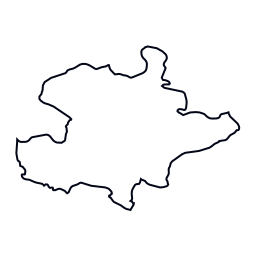 map outline of Oberösterreich (Natural Earth projection), rotated 181°
{"feature_id": "AUT-2326", "entity_name": "Oberösterreich", "entity_type": "State", "adm_level": 1, "iso_a3": "AUT", "parent_name": "Austria", "parent_adm1": "", "projection": "natural_earth1", "projection_center": [13.938, 48.12], "detail": "fine", "context": "isolated", "style": "outline", "palette": "ink", "viewbox_px": 256, "rotation_deg": 181, "n_neighbors": 0, "source": "natural_earth", "source_scale": "10m", "svg_char_len": 3890}
<svg xmlns="http://www.w3.org/2000/svg" viewBox="0 0 256 256"><g transform="rotate(181 128 128)"><path d="M209.4,70.2L210.9,68.9L211.1,69.3L212.9,70.7L219.2,71.9L222.4,73.1L225.6,74.5L229.2,74.9L230.9,75.4L232.3,76.4L233.2,77.8L233.4,79.1L233.3,79.6L233.0,79.8L230.7,79.7L230.4,79.8L230.2,80.0L230.1,80.5L230.1,81.6L229.9,82.3L229.9,83.5L230.4,84.7L232.7,87.4L235.1,88.2L235.7,92.2L237.5,93.5L238.0,94.6L239.2,100.9L238.6,111.8L238.6,114.6L237.1,113.1L235.8,112.5L234.7,112.2L229.8,112.4L228.0,113.1L226.5,114.3L225.1,116.1L223.7,117.1L209.5,120.0L207.4,119.5L205.7,118.2L203.0,114.8L201.7,113.6L200.2,112.7L198.5,112.2L194.0,112.1L192.7,113.1L192.1,113.4L191.4,113.9L191.1,114.2L190.9,114.4L190.7,114.7L190.6,115.5L190.0,120.5L189.7,121.6L189.2,122.7L189.0,123.4L189.5,127.0L189.7,127.5L189.9,127.8L190.1,128.2L190.1,128.7L189.5,129.5L188.4,130.6L188.3,130.8L188.2,131.2L188.2,131.8L188.1,132.2L186.7,134.5L186.2,134.9L185.8,135.1L185.0,135.3L184.9,135.9L186.7,137.7L202.7,148.1L208.0,150.3L211.1,151.1L213.3,152.1L215.3,153.5L216.4,154.6L217.1,155.6L217.1,158.0L215.3,160.2L214.0,164.8L213.9,167.8L213.7,169.3L212.1,172.5L205.7,176.8L191.4,181.8L190.3,183.1L189.9,184.0L188.8,184.9L187.1,185.6L184.0,186.4L181.5,187.7L177.0,190.6L174.6,191.3L171.6,191.3L169.6,190.8L167.4,189.9L161.8,186.6L160.9,186.4L159.5,186.7L155.8,188.2L151.0,189.3L149.0,190.5L148.3,190.6L147.8,189.4L147.7,188.4L146.6,186.0L142.1,181.4L137.7,181.9L136.2,181.6L133.5,180.7L130.5,180.3L129.2,179.8L126.8,178.5L125.9,178.4L124.8,178.6L114.1,183.2L112.5,184.4L111.2,185.8L110.6,187.6L110.4,189.1L110.2,191.6L110.3,192.9L110.6,194.2L111.4,195.5L112.5,196.8L113.8,198.0L114.6,199.0L115.5,200.7L115.9,202.8L116.0,204.5L115.6,205.9L115.3,206.4L114.9,206.8L112.4,208.7L112.1,209.2L110.8,209.4L109.9,209.9L100.7,208.3L94.9,205.2L91.4,202.1L90.6,200.3L90.4,198.4L91.0,196.7L92.5,194.5L93.1,193.5L93.4,192.2L93.1,191.1L91.4,188.6L95.1,179.0L94.6,177.9L93.9,176.7L91.4,176.4L89.3,175.7L88.4,175.2L87.8,174.8L87.5,174.3L87.0,173.4L87.2,172.8L87.9,172.3L91.8,172.2L93.4,171.9L94.7,170.6L92.3,168.8L74.3,165.3L72.8,164.4L71.9,163.4L71.5,162.2L70.2,157.6L69.9,155.9L69.8,154.3L70.1,150.7L70.3,149.2L70.7,148.1L71.0,147.5L71.5,147.1L72.2,147.0L74.9,147.7L76.4,147.8L77.8,147.5L78.7,146.6L78.8,145.6L77.9,144.7L77.0,144.2L76.0,143.7L73.0,141.9L66.2,144.6L60.5,145.1L56.7,144.8L52.8,143.6L52.3,143.4L51.8,143.1L48.9,140.5L46.5,139.2L44.0,138.9L39.7,139.1L37.9,139.6L36.7,140.4L35.9,142.4L35.6,142.9L34.4,143.6L29.8,144.7L27.8,145.4L27.5,144.0L26.0,141.2L19.1,134.9L18.1,133.7L17.3,132.1L16.8,130.5L17.0,128.8L17.6,127.9L18.2,127.7L18.9,127.7L19.5,127.5L20.9,125.6L21.3,125.1L25.3,122.8L26.6,121.5L28.4,119.1L29.3,118.2L30.8,117.5L36.3,116.6L36.2,116.3L37.7,115.3L41.0,113.7L44.7,110.7L46.3,109.7L56.6,106.3L70.3,104.2L73.6,102.6L83.3,95.4L84.7,93.5L85.3,90.8L85.5,90.1L85.9,89.5L86.4,88.6L86.6,87.3L86.4,83.7L86.6,82.5L87.1,81.4L88.4,79.0L88.7,77.7L88.5,76.6L87.6,75.4L87.2,73.1L86.9,72.6L86.8,72.1L87.4,71.2L88.3,70.5L91.5,69.5L94.8,69.1L105.1,71.6L106.8,72.3L108.4,73.4L110.0,75.3L114.0,76.9L114.2,77.1L115.1,73.7L116.0,72.3L116.3,72.3L118.4,72.0L119.1,71.8L120.0,71.1L120.4,70.5L122.1,67.4L122.8,65.7L123.1,63.9L123.1,61.7L122.6,57.7L122.9,56.2L124.2,55.1L123.0,54.6L122.5,54.2L121.4,52.4L120.9,52.6L121.1,51.4L124.1,46.1L128.1,47.0L130.0,47.9L131.8,49.1L133.9,50.6L140.6,53.7L141.5,54.5L143.1,56.6L143.8,57.7L144.3,58.1L144.9,58.3L145.5,58.7L145.8,59.4L145.6,60.2L145.2,60.3L144.7,60.3L144.4,60.5L143.7,61.6L143.1,61.8L143.0,62.2L143.4,63.9L143.9,64.6L145.6,66.4L146.4,67.0L149.8,68.2L163.8,69.6L173.7,72.5L174.6,72.4L175.4,72.1L177.4,70.8L182.6,68.9L184.1,67.5L186.3,62.6L187.8,61.7L190.2,64.1L194.1,65.8L195.3,66.1L196.8,65.8L199.7,64.6L201.3,64.5L201.9,64.9L202.0,65.8L202.0,66.6L202.4,67.1L203.1,67.2L204.6,66.8L205.3,66.9L206.4,68.1L206.9,69.3L207.7,70.1L209.4,70.2Z" fill="none" stroke="#020617" stroke-width="2"/></g></svg>